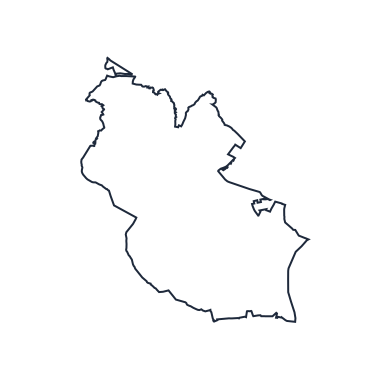 Mihaesti, Vâlcea, Romania (Albers equal-area conic projection), rotated 347°
{"feature_id": "2599482B28552559363507", "entity_name": "Mihaesti", "entity_type": "district", "adm_level": 2, "iso_a3": "ROU", "parent_name": "Romania", "parent_adm1": "Vâlcea", "projection": "albers", "projection_center": [24.236, 45.036], "detail": "fine", "context": "isolated", "style": "outline", "palette": "slate", "viewbox_px": 384, "rotation_deg": 347, "n_neighbors": 0, "source": "geoboundaries", "source_scale": "gbopen_adm2", "svg_char_len": 5985}
<svg xmlns="http://www.w3.org/2000/svg" viewBox="0 0 384 384"><g transform="rotate(347 192 192)"><path d="M263.3,341.7L264.4,338.2L264.8,332.3L263.8,320.9L263.2,311.3L266.0,298.8L268.0,290.4L268.9,288.1L279.6,273.6L286.6,269.5L293.0,264.9L294.8,264.4L286.2,258.5L284.1,252.2L282.1,251.6L281.2,249.9L275.9,242.6L275.9,239.0L276.5,236.9L276.5,236.0L277.8,230.0L278.2,228.8L279.9,225.5L277.3,224.0L277.4,223.8L276.8,223.3L270.9,220.1L268.7,222.8L265.6,226.1L263.6,228.7L260.8,226.8L260.3,225.8L259.9,226.1L259.6,225.7L260.0,225.4L253.7,225.2L254.3,226.5L251.5,229.9L251.2,229.9L249.0,224.8L248.5,223.1L247.9,219.3L247.8,217.2L250.1,217.2L250.1,214.8L253.7,214.7L253.5,217.2L256.9,217.3L256.9,214.8L260.2,214.8L260.2,215.2L262.3,215.5L262.2,215.7L263.1,215.8L263.2,215.0L266.1,217.4L266.6,217.3L265.5,216.6L259.7,211.5L259.2,210.6L258.4,208.0L258.1,207.4L257.7,207.1L248.6,202.0L230.4,190.7L228.9,189.6L227.1,187.3L222.4,178.0L222.2,177.5L222.6,177.0L224.7,176.0L225.7,175.8L227.4,177.8L228.5,177.4L226.9,175.6L227.9,175.5L229.5,177.0L229.9,176.8L228.4,175.4L230.2,175.1L231.8,176.3L232.2,175.9L230.9,174.9L232.7,174.1L235.4,172.4L236.2,173.2L236.8,172.4L236.2,171.9L238.8,170.2L239.4,170.8L239.8,170.3L239.3,169.9L241.5,168.5L240.1,167.0L235.6,163.4L242.8,157.3L244.2,156.3L244.8,155.6L249.3,160.2L254.9,154.6L249.5,145.6L247.0,141.8L245.9,140.7L245.3,139.3L244.7,138.3L243.1,136.6L240.9,134.9L239.3,134.2L238.9,133.9L239.0,133.3L238.6,131.9L237.4,129.2L237.8,128.4L237.7,128.0L236.8,126.2L235.5,124.3L235.2,123.2L235.6,122.8L235.4,122.1L235.6,121.5L235.7,119.4L235.3,118.7L234.9,115.6L234.5,114.8L231.7,111.5L232.0,111.6L232.7,111.0L233.8,110.8L235.2,109.9L236.0,107.4L236.0,106.2L234.3,105.2L233.4,104.3L233.4,104.0L233.7,103.8L233.5,102.6L234.2,101.7L233.2,100.5L232.1,100.4L231.3,99.5L231.9,99.0L231.8,98.3L231.4,97.9L229.8,98.0L228.0,98.7L225.3,100.5L224.2,99.6L223.1,100.7L221.8,100.7L220.7,101.5L220.3,102.1L218.2,104.1L216.8,104.6L215.3,105.6L214.1,107.1L212.0,107.8L211.2,107.8L210.1,108.3L208.3,108.5L207.4,109.0L207.1,110.8L206.1,112.1L205.8,112.4L205.0,112.5L203.8,113.6L203.4,115.6L201.9,118.6L199.6,121.4L197.5,124.3L196.2,125.6L194.9,124.5L194.2,124.1L193.1,125.8L190.2,124.5L191.0,122.3L191.7,118.9L192.4,117.5L192.1,116.3L192.2,116.1L193.5,115.4L193.1,114.8L193.7,113.0L193.4,112.6L193.3,111.8L193.1,111.6L193.0,111.2L194.2,110.7L193.4,109.8L193.4,109.1L194.8,108.1L195.1,107.6L194.8,106.9L193.7,107.4L193.4,106.7L193.7,105.9L194.0,104.1L194.4,103.4L194.2,101.9L194.4,101.5L193.9,100.6L193.4,100.1L193.1,99.2L192.2,98.7L192.4,97.9L192.8,97.4L192.8,97.1L192.6,96.7L192.0,96.0L191.9,94.0L190.7,91.8L190.6,90.8L190.7,90.5L191.1,90.3L191.1,89.5L190.6,89.1L189.9,88.1L188.8,85.8L187.1,86.2L186.4,85.5L186.1,85.5L185.8,85.9L184.4,85.3L181.6,86.7L181.4,87.0L181.4,88.0L182.1,88.5L181.0,88.6L180.7,88.9L180.2,88.8L180.0,89.3L179.4,88.8L178.6,88.7L178.2,88.2L178.3,87.9L177.1,86.3L176.5,86.0L176.8,84.8L177.3,84.4L177.6,84.4L177.7,83.6L177.5,81.9L177.0,81.3L176.2,81.3L175.1,80.9L174.3,81.6L173.8,81.4L174.0,80.9L172.2,80.2L172.4,80.0L173.1,79.9L173.3,79.4L172.6,79.4L172.0,79.1L171.8,79.2L171.5,78.8L170.5,78.4L169.5,78.6L168.0,78.3L167.4,77.9L166.6,76.1L162.0,74.8L158.6,73.0L159.2,71.0L160.3,69.1L162.1,67.5L162.6,66.9L162.5,66.7L153.5,64.1L149.3,63.2L147.7,62.5L144.2,62.2L144.1,59.6L148.8,60.2L153.1,61.9L155.5,62.4L160.5,64.0L142.1,45.5L141.0,43.7L139.8,42.3L139.5,42.6L139.2,45.1L138.6,46.4L137.8,46.8L136.3,48.6L135.9,49.4L135.6,50.8L135.5,51.9L136.0,52.5L136.8,52.8L137.5,53.5L142.9,52.7L143.1,55.3L143.8,59.1L143.9,62.3L141.0,62.4L137.1,60.6L135.5,59.5L133.2,62.7L132.6,63.3L130.1,63.3L129.0,63.6L128.0,64.5L126.8,66.5L125.9,67.4L123.4,67.8L117.9,71.6L116.6,72.0L115.3,72.1L114.5,72.6L114.1,73.7L114.1,74.8L109.5,78.1L109.5,78.9L110.4,78.9L110.6,79.7L110.9,80.0L112.8,80.9L113.9,80.8L114.6,79.8L115.1,79.9L115.5,80.3L116.4,79.7L117.0,80.2L117.6,80.3L117.9,80.8L118.4,81.0L118.5,82.1L120.1,83.6L121.5,84.2L121.6,85.3L123.0,86.2L123.9,86.1L125.1,87.5L123.3,88.3L123.8,89.1L123.8,90.3L123.9,90.7L124.9,91.5L124.9,91.8L122.0,93.8L122.8,95.7L123.0,96.6L122.4,96.7L120.7,96.6L119.8,98.2L119.4,98.5L119.1,99.7L119.0,100.1L119.3,101.1L120.4,102.9L120.9,105.3L120.9,108.4L121.1,109.1L120.9,109.7L118.9,110.6L117.3,111.7L115.9,111.2L115.1,111.6L114.2,111.7L114.1,112.4L114.2,112.9L112.7,116.4L110.7,118.1L111.3,118.7L109.6,119.7L108.9,120.9L107.9,120.9L107.0,121.5L106.9,122.0L107.4,122.3L108.0,122.5L108.9,122.3L108.6,123.2L108.0,123.3L107.4,124.4L107.1,125.2L106.8,125.2L106.5,124.9L106.5,124.6L104.6,124.4L103.9,124.1L103.3,124.2L93.7,133.9L91.7,135.5L90.9,137.6L90.7,138.9L90.7,140.7L90.4,141.6L90.7,142.9L90.7,143.5L89.6,145.9L89.2,147.5L89.4,149.2L89.9,150.7L91.9,154.6L93.0,156.2L96.7,159.7L97.8,160.3L100.3,161.0L103.4,163.8L105.6,165.2L106.5,166.7L109.2,169.9L109.8,170.0L110.7,171.5L111.4,172.0L111.8,177.5L113.0,187.5L132.0,204.4L131.0,205.8L127.4,209.8L119.0,216.4L117.9,218.5L117.8,222.4L117.0,224.9L116.5,228.0L115.5,231.9L114.9,233.2L114.8,234.5L115.4,235.8L116.1,239.4L117.0,240.8L117.3,242.0L117.8,243.2L118.2,244.5L118.2,249.1L118.6,251.0L119.1,251.8L119.4,253.9L124.3,264.1L127.7,268.7L127.9,269.8L128.7,270.7L131.1,272.0L131.0,272.9L131.2,273.1L131.9,273.9L133.2,275.8L133.9,277.0L134.8,277.6L135.1,278.0L135.8,279.4L137.4,282.1L141.4,282.7L147.0,282.6L152.1,293.2L160.8,298.0L161.5,299.0L161.7,300.3L162.0,300.9L163.7,302.2L165.0,303.0L167.3,305.2L170.0,307.3L171.3,308.2L172.7,308.7L174.7,308.4L175.9,309.9L178.1,311.3L182.2,311.2L183.4,311.0L183.3,312.5L183.8,313.4L183.8,320.2L184.5,321.8L184.5,322.3L183.9,322.4L184.1,323.0L184.4,323.2L187.9,322.6L187.9,321.8L199.5,323.4L202.2,324.1L208.1,325.1L209.4,325.7L209.8,325.2L215.4,325.4L216.5,326.1L218.7,320.6L219.6,320.6L221.6,321.2L222.9,321.2L223.1,321.4L223.6,326.1L223.8,326.8L228.6,327.1L231.0,327.5L231.5,328.6L242.5,331.2L246.9,328.7L247.5,329.5L245.6,333.4L246.8,333.8L247.3,332.8L251.2,334.6L251.3,334.4L254.3,338.0L255.5,339.0L263.3,341.7Z" fill="none" stroke="#1e293b" stroke-width="2"/></g></svg>